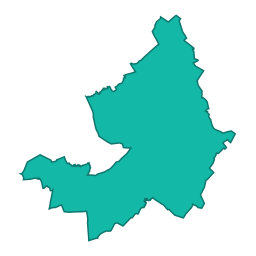 outline of Tērvetes pag., Tervetes, Latvia
{"feature_id": "27541924B26561514973338", "entity_name": "Tērvetes pag.", "entity_type": "district", "adm_level": 2, "iso_a3": "LVA", "parent_name": "Latvia", "parent_adm1": "Tervetes", "projection": "orthographic", "projection_center": [23.319, 56.485], "detail": "fine", "context": "isolated", "style": "filled", "palette": "teal", "viewbox_px": 256, "rotation_deg": 0, "n_neighbors": 0, "source": "geoboundaries", "source_scale": "gbopen_adm2", "svg_char_len": 5626}
<svg xmlns="http://www.w3.org/2000/svg" viewBox="0 0 256 256"><path d="M20.8,173.8L22.1,174.3L23.6,177.2L23.6,178.7L23.4,179.7L30.6,179.2L35.3,178.0L38.2,179.1L38.6,178.3L38.7,178.5L38.7,178.9L38.9,179.0L39.2,178.4L39.5,178.4L41.0,180.5L41.9,183.2L42.9,188.2L43.7,188.3L44.3,188.1L45.7,186.6L46.4,185.9L46.7,185.8L48.0,187.0L49.8,187.7L50.3,190.6L51.0,190.6L51.8,190.7L52.8,190.0L52.3,192.8L51.0,199.2L49.3,208.6L49.2,208.7L49.2,209.0L51.7,207.8L55.7,207.4L61.5,204.8L63.1,209.0L64.2,211.7L69.1,212.2L79.2,211.7L81.6,211.7L86.6,211.3L87.3,215.3L87.8,218.8L87.6,223.1L88.7,237.8L88.8,240.6L96.6,238.1L97.8,238.1L97.9,236.8L100.3,234.0L103.5,232.2L106.4,231.0L110.2,231.1L111.1,230.5L114.5,223.9L116.2,223.0L117.1,223.0L118.0,223.3L122.8,225.9L123.3,225.8L124.5,224.4L125.1,223.8L125.5,223.2L126.3,222.5L130.6,218.0L131.2,217.7L132.3,217.8L134.4,214.8L135.8,213.5L137.9,214.0L138.2,213.9L140.0,209.7L140.9,208.3L142.1,207.6L144.0,207.5L144.1,207.0L144.4,206.5L144.4,206.0L144.6,205.8L145.1,205.7L145.2,205.2L145.4,205.1L145.5,204.7L145.7,204.4L145.6,204.1L145.8,203.9L146.2,202.9L146.1,202.5L145.6,202.6L145.6,202.4L144.7,201.9L144.8,201.7L145.1,201.7L145.3,201.3L144.4,201.2L144.2,200.8L144.3,200.5L144.6,200.3L145.1,200.4L145.3,200.7L145.7,199.6L144.8,199.0L144.8,198.7L145.0,198.6L145.9,198.5L146.1,198.9L146.4,199.0L146.6,199.3L146.7,198.7L147.2,198.8L147.5,199.1L147.3,199.6L147.1,199.8L147.5,199.6L147.0,200.3L148.3,200.6L149.1,200.5L149.6,199.9L149.7,200.0L149.8,200.3L150.3,200.1L151.2,199.0L151.2,198.7L151.4,198.5L152.3,198.2L152.5,198.1L152.7,197.6L152.8,197.6L153.1,197.8L153.3,198.2L155.2,199.7L164.1,205.4L166.5,208.5L167.7,209.7L169.0,209.4L174.7,215.1L183.2,217.9L183.3,217.9L184.1,216.9L186.4,212.9L186.9,212.8L188.8,210.5L191.2,207.9L192.6,205.4L192.8,204.7L192.7,204.2L196.0,205.7L196.5,206.0L197.4,207.0L198.4,207.6L201.8,208.2L204.4,203.4L200.5,195.0L204.5,186.8L205.8,180.5L207.6,179.2L213.7,172.5L209.5,168.3L209.5,168.1L213.1,163.2L214.4,159.3L213.7,158.3L215.4,156.4L216.6,153.1L218.3,153.5L222.3,149.5L223.4,148.2L224.9,149.1L226.4,147.5L223.0,143.1L224.3,141.7L227.5,139.6L228.9,141.2L230.6,142.6L235.2,133.9L231.4,131.0L228.1,131.6L222.8,133.2L221.1,131.9L215.0,129.4L213.5,128.1L212.1,125.2L211.6,123.8L210.7,119.8L209.3,117.7L208.9,116.8L208.7,116.1L208.8,115.4L209.2,114.3L208.1,113.6L207.5,112.4L207.5,111.5L206.2,111.7L205.4,111.0L208.1,108.2L208.7,108.8L208.8,108.7L208.5,108.0L207.3,102.4L206.9,101.4L206.3,100.6L204.1,98.4L202.9,97.7L201.8,97.7L201.9,95.2L202.0,92.9L201.5,92.0L202.1,91.1L198.0,85.2L197.2,80.4L203.6,70.8L196.0,66.4L195.1,65.7L193.3,63.0L197.4,61.0L198.1,60.3L197.1,59.5L194.4,58.9L193.8,51.4L193.2,51.1L192.9,50.1L192.6,49.7L192.6,49.2L193.1,49.6L193.6,49.4L193.9,49.0L193.7,48.0L184.1,40.5L184.7,39.6L186.5,38.2L185.0,35.4L182.7,32.0L179.8,22.8L179.4,21.8L179.2,20.7L180.6,18.7L176.2,15.4L175.0,16.2L168.3,22.0L160.6,16.9L160.5,18.3L160.2,18.8L156.5,21.9L155.1,24.8L155.0,25.1L155.0,27.1L152.3,31.6L154.3,35.8L156.7,40.0L158.8,44.2L155.3,47.1L148.6,53.1L144.4,56.9L142.1,59.2L141.0,60.3L139.8,60.7L139.0,61.3L137.4,63.2L135.1,63.9L133.1,64.0L131.6,63.2L130.5,63.6L131.5,65.6L135.5,71.9L132.4,72.9L126.8,74.4L126.8,74.5L124.0,75.4L124.4,76.3L125.2,76.5L125.2,77.8L124.2,77.9L123.4,78.3L123.4,78.5L123.5,80.0L123.3,80.6L122.9,81.5L122.0,83.0L121.1,83.5L119.8,83.7L119.1,84.0L118.1,84.8L117.4,86.0L115.4,86.9L115.2,87.4L115.4,87.8L116.2,88.4L116.3,88.9L116.4,89.4L115.6,90.4L113.6,91.5L112.2,91.1L111.8,90.8L111.6,90.0L110.9,89.4L110.4,87.9L110.0,87.2L109.3,86.5L108.5,86.7L107.3,86.7L107.2,87.0L107.2,87.3L107.8,87.8L108.0,88.0L107.9,88.2L107.1,88.8L106.6,88.9L104.6,88.2L103.4,88.3L103.3,88.5L103.8,88.9L104.2,89.3L104.1,89.8L103.4,89.8L102.7,89.5L101.4,90.9L100.9,91.6L100.5,92.0L100.4,92.4L100.6,92.6L100.5,92.9L100.3,93.0L100.0,92.8L99.9,92.4L99.5,92.3L99.3,92.5L99.5,93.3L99.3,93.7L99.3,94.1L99.0,94.3L98.1,94.1L97.5,92.8L97.2,92.3L96.2,91.5L96.0,91.9L96.3,92.4L96.3,92.7L94.8,94.2L94.0,94.4L93.7,94.7L93.5,95.1L93.5,95.8L93.4,95.9L92.5,96.0L92.3,95.7L92.0,95.6L91.6,95.8L91.5,96.2L90.1,96.6L89.6,97.1L89.3,97.2L88.9,96.9L88.6,96.4L87.9,96.5L87.5,97.2L87.3,97.2L86.1,96.6L87.0,98.5L93.0,112.0L93.3,113.9L93.3,116.5L93.6,118.5L95.7,127.8L96.3,129.8L97.6,132.2L98.3,133.7L99.1,136.4L107.8,142.1L111.3,143.9L118.9,143.0L119.9,143.0L122.6,144.1L123.4,147.6L127.6,147.9L130.9,147.9L127.7,152.6L126.4,154.1L121.6,158.4L119.2,161.1L118.7,161.4L116.2,162.1L112.6,166.4L110.3,168.7L109.4,169.3L108.2,170.1L108.1,169.9L104.7,171.9L97.5,174.1L97.0,174.5L95.9,175.5L91.7,175.1L87.5,175.0L88.5,173.9L88.3,172.7L89.4,171.7L89.6,171.2L89.7,169.9L90.2,168.5L90.2,167.9L90.5,167.4L89.1,163.2L88.9,163.6L88.8,163.1L88.3,163.0L88.3,163.3L87.7,163.3L87.6,163.5L87.9,163.7L87.8,163.8L87.3,163.9L86.8,164.2L86.3,164.2L85.5,164.6L84.2,165.0L83.8,165.2L82.8,165.2L82.7,165.3L82.6,165.5L82.1,165.7L82.0,166.0L81.4,166.0L80.8,166.5L80.3,165.8L79.8,166.2L79.5,166.0L78.6,166.3L78.5,166.1L78.7,165.7L79.1,165.5L79.3,165.2L79.1,165.1L78.8,165.3L78.8,164.9L78.4,164.8L78.4,165.1L77.9,165.0L77.7,165.1L77.9,165.3L77.5,165.5L76.3,166.3L75.9,165.7L75.9,166.0L75.3,166.3L75.1,165.9L75.3,165.5L75.5,165.3L75.3,164.8L75.0,164.5L74.7,164.6L74.6,165.0L74.4,165.1L74.2,164.8L73.8,164.8L73.7,165.1L74.1,165.6L74.1,165.8L73.1,166.1L72.7,165.7L72.4,166.0L72.0,166.3L71.5,165.8L71.0,164.8L70.6,164.7L70.4,164.5L69.7,164.3L69.6,164.0L69.5,163.5L69.3,163.2L68.5,163.1L67.6,163.6L67.3,163.4L66.1,161.5L65.2,159.6L64.3,156.8L57.5,159.6L57.0,159.6L56.3,160.9L55.4,161.4L51.8,162.1L50.9,160.2L40.2,154.8L27.4,162.0L24.2,170.1L23.6,171.0L22.3,173.4L20.8,173.8Z" fill="#14b8a6" stroke="#0f766e" stroke-width="1.5"/></svg>